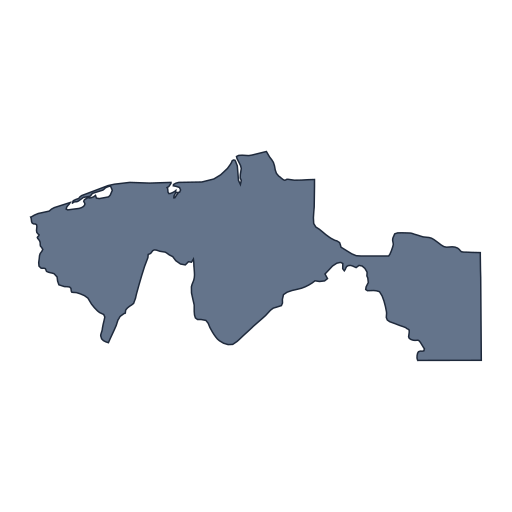 map outline of Tabasco (Albers equal-area conic projection)
{"feature_id": "MEX-2725", "entity_name": "Tabasco", "entity_type": "State", "adm_level": 1, "iso_a3": "MEX", "parent_name": "Mexico", "parent_adm1": "", "projection": "albers", "projection_center": [-92.753, 17.95], "detail": "fine", "context": "isolated", "style": "filled", "palette": "slate", "viewbox_px": 512, "rotation_deg": 0, "n_neighbors": 0, "source": "natural_earth", "source_scale": "10m", "svg_char_len": 5795}
<svg xmlns="http://www.w3.org/2000/svg" viewBox="0 0 512 512"><path d="M480.7,277.6L481.0,319.0L481.3,360.3L418.3,360.4L417.9,360.5L417.5,359.9L417.0,358.0L417.1,355.5L417.6,353.2L418.5,351.7L420.3,351.1L422.3,351.2L423.9,350.8L424.4,348.6L423.9,348.1L420.4,342.4L419.1,340.8L418.0,340.2L415.0,340.4L413.1,340.2L411.0,339.5L409.3,338.4L408.6,336.8L409.2,332.4L409.2,330.1L408.0,329.1L406.7,328.5L405.7,327.6L402.8,326.5L399.8,325.5L397.2,324.5L396.7,324.3L396.2,324.1L395.7,323.9L395.2,323.7L392.7,322.8L389.7,321.7L387.3,320.0L386.3,317.5L386.4,315.9L386.5,314.6L386.6,313.1L386.4,311.4L385.4,306.4L384.0,301.1L382.1,295.9L379.5,291.7L376.5,290.8L373.6,290.5L370.6,290.6L367.5,290.7L365.7,289.5L366.1,286.9L367.5,284.1L368.3,282.6L367.8,278.0L367.5,277.2L367.1,276.6L366.9,275.7L367.1,272.7L366.9,271.8L364.9,268.4L362.1,266.0L359.0,265.4L356.1,267.6L352.4,265.9L350.5,265.4L348.3,265.6L346.7,266.5L345.9,267.8L345.3,269.3L344.3,270.8L342.7,268.7L342.8,263.5L340.9,262.5L339.9,262.5L336.8,263.2L332.5,266.0L328.7,270.1L325.0,274.0L327.5,278.6L324.6,280.9L319.5,281.5L315.0,280.8L312.1,283.0L308.8,285.0L305.2,286.8L301.6,288.2L297.2,289.3L292.0,290.5L287.1,292.2L283.5,294.6L282.4,299.3L282.5,303.0L281.4,305.6L276.4,307.2L273.3,308.1L270.5,310.2L267.9,313.0L265.6,315.5L262.6,318.2L259.5,320.9L256.4,323.6L253.3,326.3L251.9,327.7L250.5,329.0L249.1,330.3L247.6,331.7L245.4,333.7L243.2,335.7L241.1,337.7L238.9,339.8L238.3,340.3L237.8,340.8L237.2,341.3L236.7,341.7L232.7,344.4L228.1,344.6L223.5,343.2L219.5,340.8L217.4,339.0L215.6,336.8L213.9,334.4L212.4,332.0L209.9,327.5L208.2,323.3L205.9,320.4L201.1,319.5L197.5,319.5L195.4,317.9L194.5,315.0L194.2,311.3L194.2,305.0L192.8,298.9L191.5,292.9L191.4,286.8L192.1,284.3L193.0,282.1L193.8,280.0L194.3,277.6L194.5,275.0L194.4,272.3L194.2,269.5L194.0,266.8L194.0,266.6L193.9,266.3L193.9,266.0L193.9,265.7L193.8,262.7L193.7,261.7L193.4,259.1L191.5,262.2L188.5,261.7L185.3,264.9L180.5,264.0L175.8,260.7L172.7,256.6L169.3,254.9L166.4,252.8L165.1,252.1L160.0,251.3L156.4,250.1L154.3,249.9L152.7,250.7L150.9,253.1L149.9,253.8L148.2,254.4L147.9,257.6L144.6,266.3L141.8,275.2L139.2,284.1L136.7,293.1L136.1,295.5L135.5,298.3L134.4,301.2L133.6,303.4L131.7,304.9L129.5,306.3L127.5,307.9L126.0,309.6L125.6,310.5L125.3,313.1L124.9,313.4L124.3,313.4L123.5,313.9L122.9,314.4L120.5,316.1L119.7,317.0L118.8,318.8L118.1,319.7L117.4,321.7L116.2,325.5L114.3,329.8L112.3,334.1L110.3,338.4L108.4,342.7L105.7,341.8L103.4,340.6L101.6,338.8L100.7,335.8L100.8,334.6L101.3,332.9L101.9,331.1L102.3,329.4L102.4,328.2L102.7,326.7L103.0,325.1L103.3,323.7L104.2,320.0L104.8,317.0L103.7,314.5L99.5,312.5L97.5,310.9L94.4,307.7L91.5,304.1L90.0,301.6L87.9,298.1L84.4,295.6L80.2,293.8L76.4,292.6L74.9,292.5L73.2,292.4L71.8,292.2L71.3,291.2L70.9,288.3L69.6,287.0L67.4,286.7L64.4,286.6L58.9,284.8L57.6,281.1L57.1,277.0L54.1,273.7L52.2,273.1L50.3,272.7L48.4,272.2L46.6,271.4L46.3,270.9L46.0,270.1L45.7,269.3L45.3,268.6L44.3,268.3L43.2,268.2L42.1,268.3L41.0,268.1L39.0,266.1L38.7,262.6L39.2,258.8L39.5,255.7L40.2,253.5L41.8,251.4L42.8,249.4L41.5,247.3L40.4,246.0L40.2,244.5L40.2,242.9L39.8,241.3L39.1,240.1L38.4,239.2L37.7,238.4L37.3,237.4L37.8,236.7L38.7,235.8L39.1,234.9L37.9,233.8L36.8,232.4L36.5,230.4L36.7,228.3L36.9,226.5L36.5,224.6L35.3,224.0L33.7,223.9L32.3,223.2L31.6,221.8L31.4,220.2L31.2,218.5L30.7,217.1L31.0,217.1L34.4,215.1L38.2,213.5L49.2,211.1L51.5,209.1L54.3,207.6L70.2,202.5L69.2,204.1L67.9,205.5L66.7,207.1L66.2,209.1L67.7,209.9L79.2,208.4L81.6,207.6L83.6,206.4L84.8,204.7L84.8,203.3L84.2,202.3L83.7,201.3L84.3,200.0L85.2,199.2L87.0,198.2L87.7,197.5L89.6,198.0L91.7,197.6L93.8,196.7L95.5,195.4L96.4,198.1L99.3,198.6L108.5,196.9L110.2,195.2L112.3,190.3L110.9,186.9L110.4,186.2L109.2,186.3L107.2,187.0L105.3,187.9L104.5,188.8L102.9,190.1L92.7,193.3L91.8,194.1L90.6,195.8L89.7,196.4L83.4,197.4L78.5,201.0L76.9,201.7L75.3,201.8L73.7,202.1L72.1,203.5L73.3,200.7L76.0,199.4L78.7,198.5L79.9,196.9L81.6,195.6L108.0,185.6L114.4,184.2L129.7,182.4L149.6,183.1L171.0,182.4L171.0,183.3L169.5,185.6L168.5,186.8L167.0,187.5L167.7,188.8L168.0,192.2L168.9,193.6L170.3,193.5L172.4,192.7L174.6,191.5L175.8,190.5L175.7,192.8L174.1,195.6L173.8,197.8L174.8,197.8L176.9,194.6L177.8,193.6L176.8,192.6L179.6,192.2L180.6,190.0L179.5,187.5L176.3,186.4L173.3,185.8L173.5,184.5L175.8,183.2L178.7,182.4L201.8,182.0L213.8,179.0L220.7,174.8L227.5,168.4L230.5,164.2L231.6,162.3L232.2,160.7L233.5,160.0L234.9,160.2L235.5,161.2L237.3,165.9L238.5,180.5L240.4,184.5L241.3,180.3L240.2,178.0L240.3,174.7L241.3,168.5L240.5,165.4L237.0,158.5L236.5,156.5L238.7,155.4L242.2,155.2L248.7,155.6L251.8,155.1L266.4,151.5L267.9,154.1L269.6,157.0L271.7,159.7L273.4,162.4L274.5,165.9L275.2,169.8L276.4,173.3L278.7,176.1L279.9,176.9L281.0,177.9L282.1,178.8L283.3,179.7L284.8,180.3L285.8,179.9L286.8,179.3L288.1,179.3L294.4,180.2L301.2,180.1L308.1,179.7L314.5,179.5L314.5,186.4L314.4,193.3L314.3,200.1L314.2,207.0L313.8,211.5L313.4,217.7L313.7,223.5L315.8,227.0L319.4,229.3L322.7,232.0L325.9,234.7L329.2,237.1L331.0,238.3L332.9,239.3L334.8,240.3L336.9,240.9L339.6,242.6L340.4,244.9L341.0,247.2L343.3,248.6L347.3,251.1L351.7,253.8L356.2,255.7L360.8,256.0L367.7,256.0L374.7,256.0L381.6,256.0L388.6,256.0L389.8,254.4L391.3,251.0L392.6,247.2L393.3,244.6L393.2,243.3L392.9,241.8L392.6,240.1L392.8,238.5L393.1,237.5L393.8,236.0L394.4,234.5L394.8,233.8L397.6,232.9L401.6,232.8L405.7,232.9L409.0,233.0L410.8,233.1L412.4,233.5L414.0,234.1L415.7,234.6L418.4,235.4L420.8,236.2L423.2,236.9L425.9,237.2L429.0,237.5L431.5,238.2L433.8,239.5L436.3,241.3L438.6,243.0L441.2,245.0L443.9,246.6L446.5,247.2L449.3,247.0L452.2,246.8L455.0,247.1L457.6,248.1L459.2,249.4L460.3,250.7L461.4,251.7L463.5,252.1L467.6,252.2L471.7,252.4L480.3,252.6L480.3,255.5L480.4,262.8L480.5,270.2L480.7,277.6Z" fill="#64748b" stroke="#1e293b" stroke-width="1.5"/></svg>